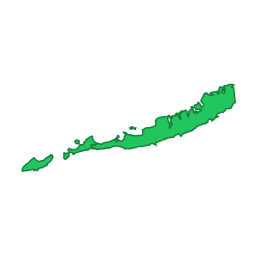 Jose Santos Guardiola, Islas de la Bahía, Honduras (Albers equal-area conic projection), rotated 174°
{"feature_id": "27666195B83736805727119", "entity_name": "Jose Santos Guardiola", "entity_type": "district", "adm_level": 2, "iso_a3": "HND", "parent_name": "Honduras", "parent_adm1": "Islas de la Bahía", "projection": "albers", "projection_center": [-86.302, 16.402], "detail": "fine", "context": "isolated", "style": "filled", "palette": "green", "viewbox_px": 256, "rotation_deg": 174, "n_neighbors": 0, "source": "geoboundaries", "source_scale": "gbopen_adm2", "svg_char_len": 5889}
<svg xmlns="http://www.w3.org/2000/svg" viewBox="0 0 256 256"><g transform="rotate(174 128 128)"><path d="M18.8,157.3L20.7,157.6L20.6,157.9L19.8,158.1L19.9,158.8L19.4,159.0L19.5,159.6L18.5,159.4L18.2,159.6L19.8,160.4L22.6,160.7L25.8,159.7L28.1,159.8L28.3,159.4L28.0,158.9L27.7,156.9L27.3,156.3L27.7,156.2L28.5,156.5L28.2,154.9L28.8,155.3L28.8,154.7L28.6,154.2L27.9,153.4L28.8,152.4L30.0,152.5L30.5,154.6L30.1,156.5L29.0,157.7L28.8,158.4L32.0,159.2L32.6,159.0L32.7,158.1L33.5,157.2L34.2,155.5L34.1,155.0L33.3,154.8L33.1,153.1L34.5,153.3L34.9,152.4L35.2,152.6L35.7,153.8L35.2,154.8L36.4,155.2L37.2,154.8L39.4,154.9L42.6,154.1L42.7,153.8L42.4,152.9L41.8,152.7L41.2,153.1L40.2,152.3L40.1,151.9L40.3,151.7L42.0,152.0L43.2,151.7L44.6,152.7L45.4,153.8L46.6,153.9L46.5,154.6L47.9,154.5L49.4,153.2L49.7,151.4L50.5,150.9L52.6,147.4L51.9,145.8L50.2,144.1L50.5,142.8L51.4,141.4L52.0,141.2L52.8,141.3L53.1,142.7L53.7,143.3L54.1,144.4L55.1,145.8L55.6,146.1L56.0,145.9L56.3,144.4L56.9,144.1L58.9,143.9L59.8,143.0L59.9,141.9L58.8,140.9L58.9,140.0L58.8,139.6L56.5,139.1L53.9,139.1L53.3,138.9L53.0,138.6L53.2,137.6L55.1,137.2L56.6,136.4L56.6,135.7L57.5,135.6L57.5,136.8L57.7,137.2L59.2,137.6L59.6,137.0L59.3,135.4L59.5,135.3L60.5,137.1L61.0,136.8L61.4,137.0L60.9,138.2L61.7,138.7L61.7,139.3L61.3,140.0L61.7,140.2L63.8,139.5L65.9,138.1L66.0,137.6L65.5,136.9L66.4,135.8L65.9,135.0L66.3,134.4L66.5,133.2L67.1,133.6L67.4,133.7L67.3,134.3L67.7,134.6L67.6,136.7L68.1,137.7L67.8,138.6L69.0,139.7L69.3,139.4L70.1,139.4L70.8,138.7L72.8,139.4L75.3,137.6L75.1,137.3L74.3,138.1L72.7,138.8L72.3,138.6L72.4,138.3L74.9,136.6L74.4,134.7L74.8,133.4L74.5,131.2L74.7,130.9L75.3,132.1L75.8,132.4L76.3,133.2L75.9,134.8L76.6,135.7L77.0,135.7L79.0,135.1L82.6,135.4L82.8,135.3L82.5,134.6L82.7,133.6L83.1,133.1L83.6,133.0L84.0,133.1L84.2,133.6L83.8,134.5L83.9,134.8L85.2,135.3L86.0,136.2L86.6,136.1L87.0,135.8L87.0,135.3L85.5,134.4L84.8,132.9L84.5,130.2L84.9,129.2L84.4,128.2L84.0,128.1L83.7,127.3L84.5,126.6L85.1,124.9L86.1,124.3L86.6,123.4L86.8,123.6L86.9,124.3L85.8,127.8L86.7,128.6L86.7,129.9L87.4,131.2L87.6,132.5L87.3,134.0L87.6,134.7L89.6,135.5L96.2,135.1L99.2,133.6L98.9,132.8L99.9,132.3L99.7,130.7L99.8,129.3L100.1,128.0L100.7,127.3L105.8,126.0L110.1,126.2L111.2,125.8L112.2,125.0L113.5,124.8L113.9,124.0L113.7,123.3L113.9,120.6L114.5,119.7L115.2,119.2L117.1,119.1L118.2,119.6L121.3,119.3L124.3,120.1L125.6,120.8L127.8,121.1L129.0,121.6L130.7,123.6L132.8,124.2L132.9,123.9L132.1,123.0L131.0,122.9L130.6,122.4L132.6,119.6L132.5,118.4L132.7,117.9L133.6,116.8L135.4,115.6L136.6,115.7L139.1,117.3L139.1,116.6L141.0,114.8L140.1,116.6L139.5,117.1L139.7,117.4L140.6,117.6L139.7,118.7L139.6,119.6L139.9,119.9L141.9,118.2L141.8,117.7L142.3,116.9L142.7,117.0L142.6,118.1L143.6,117.6L145.1,117.4L146.6,116.3L153.1,115.8L156.0,114.7L157.1,114.8L160.6,116.1L161.1,115.2L161.8,114.7L164.9,114.8L165.8,115.1L166.3,113.1L166.2,112.6L165.5,111.9L163.7,111.7L161.9,110.1L160.5,109.9L158.9,110.2L158.0,109.9L156.9,110.1L153.4,109.9L151.8,110.3L149.1,110.0L144.2,111.3L141.2,111.5L139.8,111.1L139.0,110.6L137.8,110.4L135.7,109.5L133.9,108.5L133.4,107.6L131.5,107.7L129.5,107.2L124.4,107.6L118.8,108.6L115.3,108.1L109.8,108.9L108.9,108.6L106.9,110.0L106.3,110.1L104.8,109.9L103.7,109.0L102.6,108.8L101.9,108.1L102.1,110.1L101.8,110.6L95.8,112.1L94.0,113.0L92.6,112.7L89.7,114.0L85.5,114.2L84.4,113.8L83.4,114.4L82.5,115.3L81.3,115.7L78.5,117.2L76.1,114.2L74.5,116.1L73.0,116.7L72.5,117.2L71.3,117.0L67.7,118.3L65.4,118.5L63.4,119.2L62.2,120.4L61.1,120.7L60.0,122.0L58.1,122.6L56.7,123.4L54.2,123.7L53.0,124.3L50.1,124.3L49.2,125.1L47.9,125.7L47.6,127.4L46.9,128.1L43.9,128.3L43.4,127.8L44.2,126.6L43.8,126.4L43.2,126.5L40.1,128.9L38.5,129.7L37.6,129.6L37.0,129.9L37.4,130.3L39.1,130.6L37.3,132.9L34.2,133.8L31.9,133.6L29.5,135.3L28.8,136.6L28.2,137.2L26.1,136.6L23.2,137.2L21.9,139.6L20.5,141.4L18.7,142.1L18.8,157.3ZM218.9,97.5L217.2,97.5L216.1,98.3L214.1,98.7L212.2,99.7L211.1,101.6L209.1,102.6L207.3,104.4L205.8,107.0L206.2,108.8L206.9,109.4L207.6,109.4L208.6,108.5L209.3,108.3L208.1,107.4L209.0,107.8L210.0,107.8L213.0,106.5L215.2,104.6L217.5,104.4L218.9,103.9L220.6,104.2L221.9,105.0L223.2,106.1L224.4,108.1L224.6,108.2L228.2,106.0L230.7,103.7L233.3,102.6L234.5,101.1L235.6,100.7L236.4,99.4L237.0,99.0L237.8,96.8L237.6,96.2L236.2,96.2L230.6,96.4L227.6,96.9L225.7,96.6L225.9,95.6L224.7,95.9L222.6,95.3L221.7,95.9L221.5,97.0L218.9,97.5ZM181.4,109.1L171.5,110.7L171.2,110.2L170.5,110.6L169.6,110.5L168.4,111.1L168.0,111.7L167.3,111.9L165.0,110.9L163.7,111.1L163.7,111.3L165.8,111.7L166.3,112.2L166.5,113.2L166.2,114.9L166.0,115.2L165.6,115.3L164.5,114.8L163.4,115.1L162.0,114.9L161.3,115.5L161.0,116.3L162.0,117.4L162.8,117.4L164.4,121.4L164.2,122.9L164.4,123.6L167.4,122.8L169.4,121.5L170.4,121.3L171.0,119.9L172.2,119.3L173.4,118.2L173.4,117.9L172.9,117.5L174.2,116.4L176.1,116.1L177.2,116.5L179.6,113.6L181.6,112.4L182.8,112.1L185.6,112.4L187.7,113.1L188.8,113.8L189.9,112.7L189.8,111.9L189.1,111.1L188.5,109.9L186.3,109.4L185.4,108.6L185.3,107.5L184.0,107.8L183.8,108.4L181.4,109.1ZM193.8,109.9L194.4,109.7L194.6,106.7L194.9,105.7L194.8,104.7L194.0,103.6L192.9,103.8L189.8,105.9L189.3,108.9L189.6,109.5L190.0,109.6L192.2,109.0L192.7,109.0L193.8,109.9ZM180.2,121.4L181.8,120.8L182.2,120.2L182.2,119.6L181.5,118.6L180.2,117.6L178.4,117.5L178.2,117.9L178.4,118.9L177.9,120.0L178.4,120.6L180.2,121.4ZM123.2,128.6L124.6,128.6L125.9,128.0L126.2,127.8L126.0,127.3L125.6,126.8L124.6,126.5L124.6,127.0L124.0,127.0L123.8,127.5L123.5,127.6L122.4,127.1L121.4,126.0L120.9,125.9L120.4,127.3L121.8,127.1L123.2,128.6ZM62.0,142.6L63.0,142.2L63.1,141.4L62.6,140.6L62.0,140.8L61.9,141.2L61.6,140.9L61.3,141.1L61.6,142.3L62.0,142.6ZM138.9,121.5L139.2,121.1L139.3,119.5L137.9,120.0L138.2,121.1L138.9,121.5ZM78.1,137.6L79.6,136.3L79.2,136.2L78.6,136.9L76.9,136.3L76.4,136.5L77.1,137.3L78.1,137.6Z" fill="#22c55e" stroke="#15803d" stroke-width="1.5"/></g></svg>